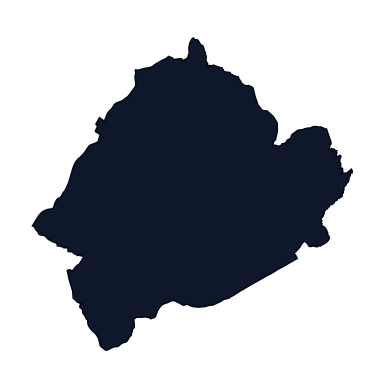 the district of Gura Vaii, Bacau, Romania, rotated 87°
{"feature_id": "2599482B95523815467969", "entity_name": "Gura Vaii", "entity_type": "district", "adm_level": 2, "iso_a3": "ROU", "parent_name": "Romania", "parent_adm1": "Bacau", "projection": "natural_earth1", "projection_center": [26.849, 46.295], "detail": "fine", "context": "isolated", "style": "filled", "palette": "ink", "viewbox_px": 384, "rotation_deg": 87, "n_neighbors": 0, "source": "geoboundaries", "source_scale": "gbopen_adm2", "svg_char_len": 5855}
<svg xmlns="http://www.w3.org/2000/svg" viewBox="0 0 384 384"><g transform="rotate(87 192 192)"><path d="M340.7,291.6L343.6,288.8L344.5,287.5L345.4,286.5L345.6,286.1L344.7,283.4L342.9,279.1L342.5,277.7L342.4,274.2L339.4,270.0L338.9,268.6L338.2,265.4L336.4,263.9L333.9,262.3L331.9,260.3L325.8,258.4L324.2,256.8L320.4,256.6L316.1,256.9L314.4,254.5L314.1,253.1L314.4,250.1L314.3,244.9L315.4,240.8L316.4,239.8L315.2,235.7L314.3,235.0L308.6,232.6L305.0,229.9L302.9,227.6L302.1,225.5L301.0,221.7L299.6,218.3L299.4,217.5L299.5,216.2L299.9,214.4L301.5,212.1L302.1,210.5L302.8,209.2L303.6,208.6L304.7,206.3L303.7,202.8L306.2,198.0L307.0,194.0L307.3,190.4L307.1,185.2L306.8,184.1L306.7,184.2L306.7,183.1L306.0,180.5L306.0,177.2L305.8,176.6L302.6,168.6L302.1,168.2L301.1,166.4L299.8,160.6L298.3,158.3L297.3,155.6L295.3,153.2L295.6,152.8L295.2,151.9L294.5,151.4L294.3,150.6L292.5,147.5L292.0,146.0L290.6,144.0L290.6,143.5L288.1,138.9L279.3,121.2L277.3,116.6L273.5,109.9L269.4,101.0L268.9,100.4L264.5,91.8L264.0,90.4L260.9,91.7L259.6,92.5L258.2,94.0L257.3,91.9L255.8,90.3L252.6,87.1L251.3,86.4L248.4,84.1L247.1,82.5L247.2,81.5L248.7,80.4L248.6,79.6L251.8,78.4L252.5,77.6L252.4,76.8L252.7,76.2L252.2,73.5L253.2,70.7L253.1,69.3L252.2,68.2L252.6,66.7L252.6,66.4L251.7,65.5L251.3,64.1L249.3,60.4L247.5,58.5L245.5,57.2L244.8,57.7L243.8,57.4L242.7,57.9L241.3,59.0L240.0,58.6L238.5,59.3L237.5,59.5L235.1,60.7L233.4,62.3L233.4,63.3L231.9,64.2L230.6,63.9L228.6,64.4L227.3,63.9L226.0,64.7L225.4,64.6L224.8,64.2L223.5,62.7L222.1,61.9L217.2,60.2L216.3,58.9L216.0,58.0L215.4,57.4L213.8,56.7L213.9,55.7L212.3,55.1L211.7,54.6L211.6,53.6L211.9,53.3L211.8,53.1L210.9,51.4L209.1,49.9L208.1,49.6L207.9,49.4L208.0,48.2L207.4,47.3L205.9,47.1L206.0,45.3L205.2,44.4L204.9,43.5L203.8,42.1L202.1,42.4L201.1,41.3L200.3,40.8L198.9,41.2L198.5,40.5L197.4,40.2L194.7,40.0L193.6,38.2L192.6,37.6L192.1,37.7L191.3,37.3L190.7,36.0L190.2,35.5L189.8,35.3L188.4,35.6L188.6,35.2L188.3,34.7L187.9,34.7L187.7,34.9L185.8,34.3L183.7,33.1L180.6,32.2L180.5,31.8L181.1,31.1L180.7,30.9L179.2,30.9L178.3,31.4L177.6,31.6L179.2,33.9L180.6,35.5L180.6,35.9L181.3,36.9L181.1,38.0L181.4,39.0L181.1,39.5L180.9,40.6L181.2,40.7L181.2,41.9L180.7,41.9L179.7,40.5L178.8,40.3L178.4,40.6L176.7,40.4L176.0,40.9L176.3,42.1L175.7,41.9L175.6,42.0L175.7,43.1L174.2,42.2L171.9,42.0L170.3,42.4L170.1,42.9L169.4,43.2L167.7,42.5L166.2,42.7L165.8,42.5L165.7,41.9L165.3,41.7L163.9,41.5L163.3,41.9L163.6,42.4L163.4,42.7L163.7,43.0L163.8,44.2L164.1,44.9L163.9,45.8L162.9,46.1L162.1,45.9L161.9,46.0L161.4,45.5L160.1,45.3L159.5,46.3L158.4,45.4L158.3,47.3L157.3,47.3L157.0,48.0L156.6,48.0L156.5,48.3L157.6,48.6L157.0,48.8L157.4,49.3L157.7,49.2L157.9,50.1L157.7,49.9L156.6,49.6L155.9,50.3L156.0,50.6L156.9,51.4L157.0,52.8L154.2,52.4L154.0,52.0L152.1,52.0L151.8,51.0L150.8,50.6L150.3,50.6L149.8,51.1L148.7,50.6L146.6,51.5L136.1,54.4L136.1,55.5L133.8,59.7L133.9,61.4L133.2,64.2L133.0,67.1L134.4,70.9L134.2,72.6L134.6,75.2L135.5,78.3L135.9,83.1L139.7,88.9L141.1,89.9L143.1,90.5L143.9,91.4L145.3,94.3L147.3,95.3L148.4,97.4L148.6,99.5L150.4,100.9L150.7,101.7L150.7,103.2L150.4,104.8L149.8,105.5L149.8,108.4L146.2,108.1L144.1,105.8L141.1,105.1L135.6,103.5L127.2,103.4L120.9,106.9L115.0,112.8L114.3,117.5L108.6,121.5L100.4,123.9L91.2,125.7L90.0,127.0L88.7,129.8L88.8,131.6L88.2,133.9L87.0,135.6L84.5,138.0L84.1,137.5L81.6,139.1L79.9,139.8L79.4,139.8L79.2,140.4L79.5,141.9L78.4,142.5L78.2,144.0L77.8,144.8L77.0,145.3L76.6,146.9L74.6,147.9L74.9,148.6L74.2,149.7L74.1,151.5L73.4,153.5L72.5,154.3L71.5,154.5L71.4,154.9L69.8,155.3L69.6,155.5L69.3,156.5L69.4,157.2L68.8,158.3L68.8,159.1L68.1,159.7L68.3,160.6L67.5,161.4L67.4,162.4L66.7,163.3L66.5,163.8L66.4,164.3L66.9,165.0L67.2,166.2L66.7,167.1L66.6,167.7L66.8,168.4L66.6,169.6L65.8,170.1L64.9,169.6L62.2,171.0L60.8,171.3L57.6,170.6L55.6,171.3L53.3,171.3L51.7,172.5L49.8,172.5L46.7,173.4L46.3,173.8L45.9,175.3L45.4,175.4L44.3,176.3L42.8,176.9L42.6,177.6L41.1,177.7L41.2,178.4L40.1,179.0L40.2,180.6L40.0,181.3L39.6,181.7L38.7,181.9L38.4,182.4L38.5,183.3L40.1,184.7L42.9,186.3L48.0,187.6L51.7,187.5L54.1,187.8L54.8,188.3L57.6,189.2L58.3,189.9L58.8,190.8L60.1,193.8L60.3,195.0L58.7,195.1L58.3,195.5L58.3,197.7L58.7,202.0L58.9,202.6L58.2,203.9L56.9,204.7L55.8,207.8L55.4,208.3L57.1,210.4L59.7,216.5L60.8,217.9L60.6,218.5L61.4,219.3L61.8,220.9L62.5,221.6L63.5,223.4L63.9,223.4L64.7,225.2L64.9,225.4L65.6,227.9L66.1,233.2L67.6,239.3L67.1,242.1L70.0,242.0L74.6,242.9L81.2,242.4L82.8,242.7L84.2,243.4L90.8,248.7L93.9,251.6L94.9,253.5L97.0,256.4L97.8,258.3L99.3,263.2L100.6,264.8L104.6,267.8L106.0,269.6L109.1,272.3L116.5,275.7L115.9,276.9L112.9,280.5L119.2,284.4L121.1,283.1L121.7,282.9L126.0,285.3L126.8,285.0L129.8,280.7L135.3,282.5L137.0,283.3L138.3,286.3L139.9,291.2L141.3,292.9L147.1,297.3L151.3,301.6L153.0,304.0L156.6,307.1L161.0,309.3L175.8,314.5L180.3,316.7L184.1,318.9L185.8,320.5L189.4,322.8L190.7,323.9L191.6,326.3L192.6,327.4L194.9,328.9L197.0,329.9L198.9,330.4L200.7,331.4L201.5,332.8L202.0,337.6L202.8,340.0L203.9,342.2L205.5,344.2L207.5,346.2L217.5,353.1L218.0,351.9L218.8,351.1L221.4,350.0L221.6,349.6L224.2,347.8L225.9,347.2L226.8,345.9L227.9,341.5L228.7,340.5L231.1,338.6L232.1,337.4L234.4,333.7L235.5,330.9L236.2,329.9L236.8,329.4L238.8,329.3L238.6,328.8L240.2,323.6L241.1,322.8L240.9,320.8L241.7,319.0L242.1,318.6L243.2,318.9L244.8,318.9L245.4,316.5L244.8,315.6L247.7,312.5L248.4,310.9L249.4,309.8L249.1,308.9L249.2,308.1L249.6,307.4L249.9,305.5L251.4,303.6L258.2,308.4L259.1,310.3L260.0,311.4L264.6,315.6L263.1,318.6L263.8,319.6L263.6,320.2L264.0,320.7L274.0,319.0L284.7,316.3L291.8,316.2L293.9,314.0L295.9,312.3L297.2,309.7L297.3,308.7L297.8,309.1L300.6,310.1L301.5,309.9L303.4,307.6L307.4,307.3L309.1,305.9L313.3,304.1L314.2,303.1L314.9,302.8L318.1,302.9L320.7,302.0L324.5,299.6L328.2,296.0L329.7,294.9L333.2,293.0L340.7,291.6Z" fill="#0f172a" stroke="#020617" stroke-width="1.5"/></g></svg>